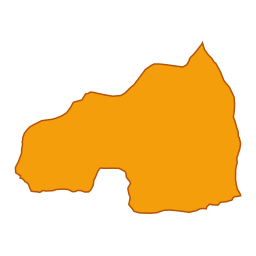 the district of Dekina, Kogi, Nigeria
{"feature_id": "59680162B92999716235821", "entity_name": "Dekina", "entity_type": "district", "adm_level": 2, "iso_a3": "NGA", "parent_name": "Nigeria", "parent_adm1": "Kogi", "projection": "albers", "projection_center": [7.147, 7.599], "detail": "fine", "context": "isolated", "style": "filled", "palette": "amber", "viewbox_px": 256, "rotation_deg": 0, "n_neighbors": 0, "source": "geoboundaries", "source_scale": "gbopen_adm2", "svg_char_len": 2184}
<svg xmlns="http://www.w3.org/2000/svg" viewBox="0 0 256 256"><path d="M202.4,42.8L201.6,44.6L200.7,45.4L195.9,51.8L193.4,54.6L191.2,56.7L189.6,58.6L189.1,60.7L186.5,65.1L182.6,67.0L166.0,64.7L159.1,64.0L154.1,64.0L151.1,65.5L145.5,69.5L145.1,69.8L143.8,71.7L134.1,84.6L130.4,87.7L128.1,90.0L125.0,93.1L120.6,95.6L112.5,96.2L101.8,94.3L94.1,92.5L90.4,92.0L88.1,93.5L85.6,93.9L81.9,100.0L77.6,101.1L73.4,102.3L70.5,107.6L66.4,113.0L61.1,116.2L55.9,118.2L52.8,119.2L41.7,120.7L34.0,124.5L29.6,127.1L26.5,130.5L24.2,133.7L22.9,137.4L22.8,138.6L22.6,140.6L22.1,142.4L22.6,143.5L22.4,145.7L21.7,148.6L21.6,152.9L20.4,156.4L18.2,162.1L15.4,167.5L15.7,172.7L20.5,175.9L20.1,178.0L21.8,178.4L23.4,179.5L24.9,181.5L26.8,182.6L28.3,184.1L30.0,188.5L31.3,191.2L34.8,191.7L36.9,191.7L37.2,191.9L39.5,192.3L41.4,191.6L42.2,190.7L42.8,190.7L44.1,190.6L45.6,191.0L47.5,190.9L50.3,190.8L52.5,190.7L54.2,190.3L55.8,189.6L57.5,189.4L60.4,189.2L64.2,189.1L67.9,189.5L70.9,190.8L72.4,191.7L75.4,191.5L77.8,190.4L81.2,190.7L84.7,192.0L88.1,191.9L88.6,191.9L90.7,190.2L93.3,185.0L93.8,180.5L95.4,177.2L98.0,170.8L100.2,168.1L105.0,168.3L111.7,168.2L118.9,168.3L124.9,171.4L125.9,173.0L126.4,177.2L128.3,179.8L129.9,181.7L130.5,183.1L129.6,185.2L128.4,186.9L127.9,188.7L128.3,191.2L128.7,192.7L129.1,194.6L129.7,195.8L130.2,197.6L128.8,204.5L130.5,206.7L131.7,208.1L132.8,209.4L134.1,211.4L139.7,212.9L142.3,213.0L144.8,213.1L150.7,213.2L154.7,212.9L156.3,212.8L163.9,210.3L169.2,210.0L174.9,210.5L180.8,211.1L189.2,212.3L196.7,210.5L199.9,208.8L203.3,208.5L206.2,208.9L206.8,206.8L209.5,204.2L212.3,204.8L217.9,205.1L220.3,202.4L224.2,201.8L227.2,201.6L228.5,200.9L231.8,200.2L233.2,197.6L234.7,196.6L237.1,196.5L238.7,196.1L240.6,195.8L240.2,194.2L239.1,192.0L237.6,189.7L236.2,184.3L235.5,179.2L235.6,174.6L235.6,170.1L236.3,165.6L237.1,163.4L236.9,157.3L237.6,155.8L238.5,152.9L239.7,149.2L240.6,143.7L239.2,137.5L238.3,136.4L238.1,131.5L236.7,127.7L236.0,124.9L235.9,124.7L234.8,120.7L233.4,117.2L234.4,109.1L234.6,104.4L234.1,97.4L232.3,93.2L229.5,87.4L223.9,80.6L220.5,72.0L215.8,63.4L214.0,62.0L211.9,58.5L208.4,55.0L204.5,49.6L202.4,42.8Z" fill="#f59e0b" stroke="#b45309" stroke-width="1.5"/></svg>